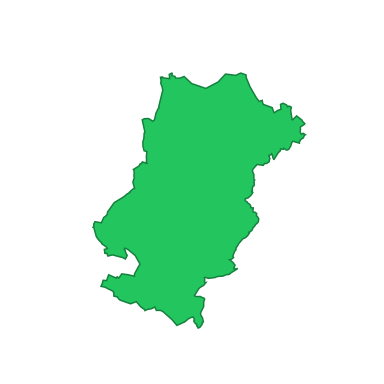 the district of Newbridge Lea-6, Kildare, Ireland, rotated 49°
{"feature_id": "5873133B31018509161138", "entity_name": "Newbridge Lea-6", "entity_type": "district", "adm_level": 2, "iso_a3": "IRL", "parent_name": "Ireland", "parent_adm1": "Kildare", "projection": "mercator", "projection_center": [-6.718, 53.161], "detail": "fine", "context": "isolated", "style": "filled", "palette": "green", "viewbox_px": 384, "rotation_deg": 49, "n_neighbors": 0, "source": "geoboundaries", "source_scale": "gbopen_adm2", "svg_char_len": 3698}
<svg xmlns="http://www.w3.org/2000/svg" viewBox="0 0 384 384"><g transform="rotate(49 192 192)"><path d="M133.7,78.7L132.8,82.3L125.0,89.3L126.1,100.1L122.9,113.6L110.0,121.1L99.6,122.2L98.2,126.3L95.3,129.7L93.5,129.0L91.1,130.9L89.8,129.3L89.0,129.2L88.3,132.0L91.8,134.5L86.2,139.5L85.8,138.9L84.7,140.5L87.6,142.2L89.5,144.3L93.3,145.7L96.0,147.3L105.5,160.8L106.8,161.5L106.6,162.2L108.9,167.5L112.9,173.0L112.9,175.2L109.0,176.2L107.7,177.0L105.4,179.9L104.9,182.2L116.1,188.4L116.1,189.4L120.0,193.2L122.0,196.3L125.5,199.1L129.4,201.1L131.9,199.6L136.1,204.0L137.2,204.5L139.7,207.1L141.5,206.9L136.7,209.7L137.4,211.8L136.9,212.1L136.8,213.0L137.6,215.0L136.5,221.5L137.7,221.7L138.9,222.4L142.0,225.5L143.1,225.8L145.7,230.1L151.6,233.0L151.2,233.4L151.0,235.8L151.1,239.4L151.6,239.5L150.9,242.0L150.9,246.3L149.0,257.7L151.7,268.9L153.2,270.5L153.6,273.4L153.3,275.3L155.8,280.6L150.7,284.7L151.7,287.1L153.2,288.4L153.7,289.6L153.9,289.2L163.0,293.5L167.1,293.9L171.3,293.6L171.8,294.1L177.0,292.7L179.2,293.0L177.8,295.8L181.1,298.0L182.4,296.5L185.2,297.5L187.3,293.3L196.1,287.3L198.9,286.2L197.4,282.5L194.5,281.9L192.3,280.7L190.8,280.8L190.3,279.5L193.2,278.1L202.6,276.5L212.5,278.6L212.7,280.0L216.1,289.1L217.8,290.7L212.5,294.5L207.7,298.7L208.9,303.5L208.6,303.9L207.0,304.0L206.8,305.2L207.2,305.7L199.8,309.2L202.8,314.6L200.3,317.0L202.0,319.4L203.5,322.6L206.6,320.2L215.1,316.7L217.2,317.4L219.3,319.3L222.2,317.2L224.8,317.5L226.4,317.2L236.1,311.7L238.2,306.0L245.2,306.0L249.6,304.9L250.7,305.3L251.3,302.9L253.6,299.0L254.4,295.5L258.0,296.6L260.4,293.7L262.9,292.4L275.1,290.8L282.8,290.9L285.3,282.5L285.3,278.2L286.0,275.3L287.1,273.1L289.6,273.8L290.6,275.4L293.9,275.8L294.8,275.2L296.3,276.3L297.8,276.3L298.6,276.7L299.3,275.1L298.8,272.2L298.5,271.2L297.4,270.3L297.7,269.2L297.4,268.5L293.9,266.7L290.5,266.0L288.9,264.9L286.0,258.2L282.7,255.4L281.1,252.7L279.8,252.6L278.1,253.7L276.4,254.2L273.5,257.6L271.9,258.2L269.5,250.6L269.3,248.6L270.1,244.5L269.5,240.9L269.1,241.6L267.8,241.4L266.7,240.0L264.8,238.8L265.5,237.7L267.9,236.3L271.5,231.0L272.6,228.0L275.8,223.8L276.7,220.8L278.7,217.7L278.5,216.1L279.7,208.4L279.4,208.2L278.5,209.8L277.3,210.8L275.4,207.5L271.8,207.3L267.7,208.1L268.6,206.7L268.8,203.7L267.5,203.4L266.5,202.1L264.7,198.5L264.5,196.7L262.9,195.3L262.7,193.6L261.6,190.6L260.7,184.4L261.5,181.7L261.5,178.9L260.6,175.4L259.7,175.5L260.3,172.7L260.0,171.1L259.0,169.3L258.9,167.1L258.3,165.6L258.3,162.3L257.7,161.1L256.0,159.2L253.7,158.8L252.4,159.0L250.6,157.3L248.9,157.6L247.2,158.9L246.4,158.6L244.2,156.2L242.4,157.9L240.6,156.6L239.2,156.5L236.3,157.2L235.6,156.9L233.5,157.6L233.0,157.3L232.1,156.4L233.3,153.2L233.2,149.8L232.4,146.5L231.1,146.2L231.0,146.7L230.6,146.6L230.2,145.0L229.4,144.7L227.7,142.6L228.0,141.6L227.6,140.4L224.8,138.3L224.0,136.7L222.8,136.8L219.5,133.9L216.0,132.7L214.8,131.3L213.9,124.9L218.7,120.6L218.0,118.6L219.4,117.1L219.8,114.0L217.7,111.2L214.9,110.0L215.9,107.3L215.7,107.0L217.3,107.3L219.0,108.4L220.9,108.9L221.2,108.7L219.0,101.3L218.8,98.1L217.6,96.9L219.7,94.9L219.3,94.0L221.7,93.5L222.7,92.8L223.3,90.9L222.1,87.4L220.1,84.1L219.9,82.9L220.6,82.1L225.6,78.9L224.8,78.2L223.7,75.5L224.2,72.5L222.9,69.9L223.2,68.9L220.6,69.6L220.2,71.4L217.8,71.2L215.8,68.9L214.6,68.2L214.1,67.3L214.7,62.6L214.5,62.0L211.8,62.2L209.7,61.9L203.2,63.1L203.5,68.8L202.9,68.9L195.3,64.1L193.2,61.4L190.8,62.3L190.5,63.9L188.4,63.5L184.8,65.0L183.9,67.7L188.0,70.6L186.6,73.9L186.3,77.5L185.8,78.1L180.9,76.1L172.7,80.7L171.2,80.3L168.9,78.9L167.7,81.9L166.9,81.9L163.0,81.6L150.7,79.2L141.4,76.1L139.0,74.4L134.3,77.1L133.7,78.7Z" fill="#22c55e" stroke="#15803d" stroke-width="1.5"/></g></svg>